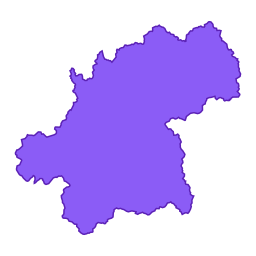 outline of Dinh Lap, Lạng Sơn, Vietnam
{"feature_id": "81297802B72919536287172", "entity_name": "Dinh Lap", "entity_type": "district", "adm_level": 2, "iso_a3": "VNM", "parent_name": "Vietnam", "parent_adm1": "Lạng Sơn", "projection": "mercator", "projection_center": [107.136, 21.534], "detail": "fine", "context": "isolated", "style": "filled", "palette": "violet", "viewbox_px": 256, "rotation_deg": 0, "n_neighbors": 0, "source": "geoboundaries", "source_scale": "gbopen_adm2", "svg_char_len": 5710}
<svg xmlns="http://www.w3.org/2000/svg" viewBox="0 0 256 256"><path d="M187.9,213.3L189.1,211.9L190.5,209.1L191.3,206.5L190.8,205.0L191.1,204.2L192.0,203.0L191.9,200.0L193.7,196.0L192.3,195.7L190.4,194.3L190.3,193.7L190.6,192.6L189.9,191.7L189.5,189.6L190.0,187.8L189.5,186.8L188.1,184.6L185.8,184.2L185.4,183.3L185.6,181.1L184.8,181.2L184.1,179.7L182.7,178.7L184.4,176.2L184.5,174.1L182.2,172.4L182.7,170.6L182.1,169.5L182.4,168.2L181.1,166.0L181.3,165.1L182.2,163.3L182.9,162.8L182.7,161.0L181.8,159.1L184.2,156.7L184.9,154.3L182.6,150.6L181.2,149.2L180.3,147.3L180.3,144.9L180.0,144.0L181.2,142.0L180.0,139.1L178.8,137.6L179.0,135.5L177.7,134.1L175.9,135.1L173.8,135.2L173.2,131.6L171.6,130.2L170.8,129.0L169.3,128.9L168.8,129.4L168.4,129.3L165.1,124.7L165.0,123.8L166.3,122.3L169.2,121.2L170.5,118.7L173.1,117.9L175.2,119.0L176.7,118.6L178.6,117.3L179.9,118.5L181.0,118.6L184.9,120.4L185.3,120.2L186.4,116.5L190.5,113.3L194.0,112.7L197.6,113.6L199.4,113.1L200.8,112.1L202.5,110.1L202.4,105.7L203.7,104.5L205.2,103.9L205.5,102.1L206.7,99.8L206.8,98.6L209.1,97.6L211.1,97.4L214.9,96.3L215.4,98.4L216.8,99.6L218.5,98.2L219.7,97.6L220.8,97.6L222.2,98.4L223.4,98.6L223.9,100.3L224.7,100.9L226.2,100.3L228.5,100.6L229.6,100.4L229.4,99.5L230.7,99.2L231.1,98.3L232.7,97.1L238.4,97.0L239.8,94.8L239.7,94.1L237.3,91.4L238.3,90.5L239.2,88.9L238.3,87.1L238.9,86.2L238.5,83.9L238.1,83.3L236.7,82.7L236.0,78.9L239.7,76.7L240.3,75.9L240.1,75.4L240.6,74.0L239.0,70.7L239.3,68.8L238.4,67.1L238.5,64.5L238.1,63.7L238.8,62.0L238.5,61.4L237.1,60.5L237.7,58.9L236.2,58.6L235.0,57.3L232.4,56.3L231.7,54.9L233.6,53.5L233.3,52.1L231.4,50.7L231.3,49.6L230.3,49.4L229.4,49.9L228.5,49.8L227.4,47.8L226.8,44.2L223.0,41.0L221.7,40.7L221.6,38.4L220.5,37.4L219.7,35.8L221.0,30.7L219.3,30.3L217.0,30.5L216.5,28.3L214.2,28.0L213.2,26.7L212.9,24.3L211.0,22.0L209.5,21.7L208.5,21.9L207.0,23.6L204.5,24.7L204.7,26.5L204.3,27.1L202.0,27.0L201.4,26.3L200.6,26.1L199.6,26.7L198.6,26.7L197.8,27.7L196.5,27.6L193.4,28.6L192.6,30.6L191.9,31.0L190.5,30.9L189.0,32.7L188.6,34.1L187.4,34.3L186.5,35.2L186.3,38.2L185.7,39.9L186.0,41.0L185.0,41.5L184.1,40.6L182.2,41.0L180.7,39.8L178.9,40.2L178.1,40.0L177.8,39.6L178.4,38.3L177.8,37.5L176.7,36.7L175.7,37.0L174.0,36.0L174.0,35.2L173.6,34.6L170.7,34.1L169.5,32.2L168.1,32.7L167.3,32.4L166.1,31.3L164.8,28.5L163.1,27.2L162.0,27.1L159.7,25.9L159.2,25.2L157.4,26.5L155.8,26.3L152.6,27.8L152.7,30.7L152.3,31.4L151.2,31.2L149.2,31.6L147.5,33.9L143.7,36.1L144.5,39.0L144.2,40.8L144.4,41.7L143.5,44.0L142.4,44.2L140.8,43.3L137.9,43.8L137.2,43.0L135.3,42.6L133.5,44.5L131.9,44.2L130.6,45.0L126.9,45.7L126.1,45.1L124.9,45.1L123.4,47.5L121.4,47.8L119.5,48.7L119.1,50.0L117.1,49.3L116.6,50.2L117.0,52.7L116.0,53.5L115.7,54.2L116.1,57.1L111.9,62.2L110.5,60.7L109.1,60.7L108.2,60.0L107.0,60.1L105.9,59.3L104.8,59.2L103.5,56.7L102.1,50.9L99.9,52.3L98.8,54.4L97.6,54.8L97.7,57.0L97.2,59.1L95.2,60.5L95.0,61.5L96.7,63.1L97.0,63.8L95.3,64.4L93.1,65.9L93.0,67.6L93.4,69.0L94.2,70.0L92.5,72.2L93.4,75.5L92.8,77.6L91.9,78.6L91.0,78.7L89.6,78.2L88.9,79.0L87.5,79.1L86.9,80.4L85.0,80.5L84.4,79.9L82.6,79.1L82.4,76.1L81.8,74.5L81.4,74.3L79.0,74.5L77.5,75.7L75.9,75.9L75.1,74.6L75.6,73.5L74.4,72.1L74.0,70.9L74.3,70.0L73.1,68.5L71.9,68.2L71.5,68.7L71.4,69.8L70.0,70.7L71.3,73.7L71.1,75.1L70.0,76.1L71.1,77.2L70.8,78.3L71.9,79.3L71.8,80.5L73.8,83.0L75.2,83.9L75.5,84.9L74.7,86.1L75.1,87.6L74.4,88.6L73.9,90.3L73.0,90.5L73.0,91.5L74.1,92.5L75.3,93.0L77.8,98.2L76.7,99.3L77.2,100.4L76.8,101.5L75.1,102.4L73.5,102.5L73.6,104.9L71.0,110.2L70.2,109.8L68.2,111.8L67.9,112.4L68.0,113.4L66.3,115.5L66.2,116.8L66.6,117.9L66.1,119.6L62.6,120.9L61.1,123.4L61.1,124.9L59.9,127.2L55.5,127.0L55.0,127.4L54.7,129.1L56.4,130.6L56.4,133.1L55.7,134.0L53.9,134.9L46.9,137.1L45.8,136.4L43.3,133.9L41.7,134.1L40.9,132.1L38.8,131.9L38.2,132.0L34.7,135.2L33.8,135.6L31.6,135.2L28.7,135.2L27.5,134.7L27.0,135.5L27.0,136.4L25.0,138.6L21.5,139.6L22.5,144.4L22.5,146.1L19.3,149.0L17.7,149.9L16.8,150.0L15.4,153.0L15.7,154.6L16.9,155.2L16.8,156.6L17.1,157.3L20.3,158.9L21.4,159.7L21.7,160.4L19.7,164.8L17.1,165.9L16.5,168.9L16.6,170.0L19.2,174.3L20.4,175.4L21.7,175.6L23.5,178.2L26.2,180.8L27.4,181.2L28.6,180.8L30.6,178.2L32.4,177.0L33.3,175.6L34.4,176.2L35.0,177.6L35.0,180.0L34.3,181.6L34.3,183.3L35.5,182.7L37.0,181.0L39.3,179.5L39.9,178.6L41.9,178.6L42.8,179.3L42.6,180.0L43.7,181.4L44.1,182.9L44.5,183.6L46.0,184.4L48.7,183.6L53.4,177.8L56.0,177.1L56.9,177.4L58.5,176.1L60.5,176.2L61.6,175.9L63.5,178.1L64.3,181.0L65.9,181.5L69.3,184.1L70.0,185.3L69.5,186.3L68.4,186.9L66.7,187.1L63.7,189.4L63.5,190.3L64.1,192.3L62.8,194.3L61.3,195.6L61.5,197.8L62.5,200.8L62.5,202.6L63.8,204.1L64.9,207.8L64.9,208.4L64.0,209.9L63.9,213.6L63.4,214.8L62.4,215.5L62.3,216.8L63.2,218.1L66.1,218.3L67.8,218.8L69.1,221.2L71.9,221.8L74.4,224.1L76.8,224.3L76.7,226.4L79.1,228.8L78.8,231.0L79.8,231.5L80.2,232.4L82.9,234.1L84.2,234.3L86.8,233.7L87.8,233.0L89.1,233.2L90.2,232.4L92.6,232.1L92.9,231.7L92.8,229.0L94.5,227.8L95.5,226.5L96.3,223.9L98.1,222.5L101.3,223.2L103.1,222.9L104.3,223.7L105.5,223.5L106.1,222.2L107.6,221.2L107.4,220.0L108.3,219.1L111.6,218.1L113.0,217.0L113.3,212.7L114.0,211.4L114.1,209.6L116.5,208.0L118.2,208.8L120.7,208.4L121.8,209.0L124.0,209.6L126.5,211.2L128.3,211.8L131.9,210.9L136.1,211.8L135.4,213.4L137.8,214.3L138.8,213.6L142.7,212.3L143.9,213.2L145.7,213.6L147.9,214.9L149.4,214.6L152.2,211.9L154.9,210.8L155.1,210.0L156.3,208.5L159.1,208.7L159.7,207.0L160.2,206.8L162.6,207.6L164.7,206.9L166.2,205.2L167.4,203.0L169.9,202.5L170.8,201.8L172.0,203.2L173.6,203.6L175.3,205.8L176.2,206.2L176.0,207.7L179.8,209.6L179.8,211.2L181.1,211.9L182.2,214.4L185.0,212.9L186.3,212.8L187.9,213.3Z" fill="#8b5cf6" stroke="#5b21b6" stroke-width="1.5"/></svg>